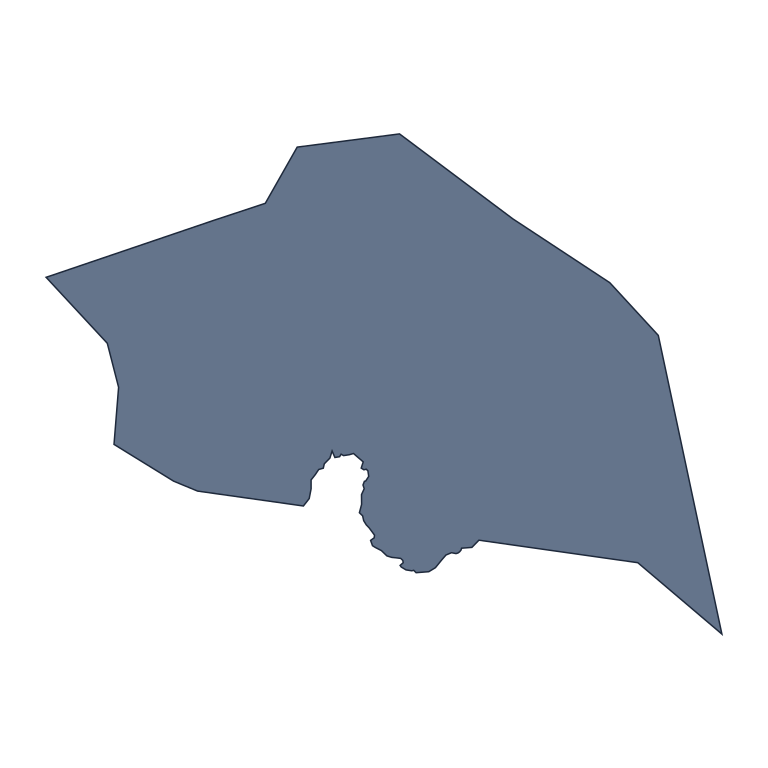 San Juan Lajarcia, Oaxaca, Mexico
{"feature_id": "50627088B50944578891285", "entity_name": "San Juan Lajarcia", "entity_type": "district", "adm_level": 2, "iso_a3": "MEX", "parent_name": "Mexico", "parent_adm1": "Oaxaca", "projection": "mercator", "projection_center": [-95.925, 16.508], "detail": "fine", "context": "isolated", "style": "filled", "palette": "slate", "viewbox_px": 768, "rotation_deg": 0, "n_neighbors": 0, "source": "geoboundaries", "source_scale": "gbopen_adm2", "svg_char_len": 1103}
<svg xmlns="http://www.w3.org/2000/svg" viewBox="0 0 768 768"><path d="M297.2,147.1L265.3,203.3L213.6,220.4L46.1,277.3L107.3,343.3L118.6,387.3L114.0,444.4L169.8,478.8L173.7,481.2L197.6,491.1L303.4,506.0L309.2,498.6L311.1,488.8L311.1,479.9L315.3,474.6L318.7,469.5L323.3,468.2L324.3,463.8L329.9,458.1L332.1,451.0L334.9,457.5L339.6,456.7L341.1,454.2L343.6,455.6L349.4,454.7L353.5,453.5L363.2,461.9L361.2,468.1L363.9,469.8L366.2,469.2L367.9,470.8L368.7,476.4L365.7,481.0L364.4,481.3L363.0,485.0L364.2,488.7L361.5,494.6L361.6,504.4L359.4,512.7L360.7,514.0L362.6,515.8L363.7,520.7L366.3,524.9L369.1,527.8L374.5,535.1L374.2,537.8L370.6,540.4L372.5,545.7L375.2,547.4L381.4,550.6L386.9,555.9L391.8,557.4L396.0,557.8L400.7,558.4L402.8,560.4L403.2,562.7L400.1,565.4L401.2,567.0L406.0,569.9L411.8,570.8L413.7,570.3L416.1,572.7L428.8,571.7L435.4,567.7L442.0,559.6L446.0,555.0L451.5,552.7L456.0,553.6L458.0,553.0L459.6,551.8L461.0,550.1L461.6,548.2L471.9,547.4L478.9,540.2L637.8,562.7L721.9,634.1L658.3,335.4L609.8,282.7L512.9,218.9L399.5,133.9L297.2,147.1Z" fill="#64748b" stroke="#1e293b" stroke-width="1.5"/></svg>